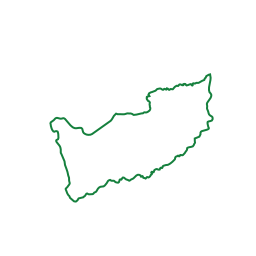 an SVG outline of Caquetá, rotated 305°
{"feature_id": "COL-1403", "entity_name": "Caquetá", "entity_type": "Intendancy", "adm_level": 1, "iso_a3": "COL", "parent_name": "Colombia", "parent_adm1": "", "projection": "orthographic", "projection_center": [-73.824, 1.133], "detail": "fine", "context": "isolated", "style": "outline", "palette": "green", "viewbox_px": 256, "rotation_deg": 305, "n_neighbors": 0, "source": "natural_earth", "source_scale": "10m", "svg_char_len": 5490}
<svg xmlns="http://www.w3.org/2000/svg" viewBox="0 0 256 256"><g transform="rotate(305 128 128)"><path d="M78.8,77.1L80.0,76.7L83.1,74.3L84.4,72.9L84.7,72.3L84.4,71.2L83.6,70.3L82.7,69.8L82.4,68.9L82.6,68.2L83.0,67.0L83.8,65.7L85.4,63.7L86.8,62.4L87.3,61.8L87.6,61.7L88.3,61.5L91.9,62.7L93.6,62.9L94.4,63.1L95.0,63.5L95.5,63.9L95.8,64.5L96.8,67.2L97.4,68.0L98.1,68.7L98.8,69.2L99.2,69.9L99.3,71.2L97.2,79.3L97.0,81.1L96.9,82.3L97.1,83.6L97.4,84.6L98.0,85.6L100.2,88.0L100.8,88.9L101.2,89.6L101.2,90.4L101.0,91.1L100.4,91.8L99.6,92.7L98.9,93.6L98.5,94.7L98.5,96.0L98.8,97.7L99.6,99.4L100.9,101.0L102.4,102.0L124.0,109.7L125.1,109.8L126.4,109.8L129.9,109.5L132.9,110.0L133.2,111.0L133.3,111.5L137.0,116.9L137.6,117.5L139.4,118.9L139.9,119.5L140.5,120.6L141.0,121.2L141.4,121.8L141.8,123.0L141.9,123.5L141.9,124.3L142.0,125.2L143.9,127.3L147.6,130.6L148.6,131.8L149.9,132.2L150.3,132.5L150.6,133.0L150.8,133.5L151.2,134.0L151.8,134.5L152.7,135.0L154.6,135.6L155.3,135.6L155.8,135.5L156.4,135.3L156.9,135.0L157.2,134.8L157.7,133.9L158.6,133.3L159.3,132.5L159.9,132.0L161.0,131.5L161.5,131.2L161.7,130.7L161.9,130.2L161.9,129.8L161.7,129.1L161.8,128.7L162.1,128.1L162.2,127.4L162.3,127.1L162.8,126.5L163.1,126.3L163.4,126.3L163.7,126.2L163.9,126.0L164.0,125.7L164.3,125.6L164.7,125.8L165.3,126.1L165.8,126.8L166.4,127.3L167.1,126.0L167.2,125.6L168.0,125.5L168.5,125.4L169.6,125.9L170.2,126.2L171.3,127.1L174.3,129.1L175.1,129.3L176.4,129.5L176.8,129.7L178.5,131.3L178.9,131.9L179.1,132.6L179.1,133.7L179.2,134.3L179.4,134.8L179.9,135.1L180.4,135.1L180.9,135.3L181.2,136.0L181.3,137.1L181.5,137.4L181.9,137.5L182.2,137.4L182.5,137.1L182.8,137.1L183.0,137.9L183.0,138.4L182.8,139.1L182.8,139.7L183.1,140.1L184.2,140.4L184.5,140.7L185.2,142.2L185.5,142.5L187.9,142.7L188.6,142.8L190.3,143.5L190.6,143.7L190.8,144.0L190.9,144.4L191.0,144.7L191.3,145.0L192.9,145.1L193.5,145.5L193.9,146.3L194.1,147.7L194.4,148.3L194.9,148.8L195.2,148.7L195.3,148.4L195.6,148.2L196.2,148.6L196.6,149.1L196.9,149.7L196.8,150.3L196.5,150.8L196.5,151.6L197.7,152.6L199.1,153.5L199.9,154.2L199.9,154.7L199.7,155.3L199.6,156.0L199.8,156.4L200.3,156.4L201.4,155.6L202.0,155.8L202.4,156.4L202.6,157.1L203.1,157.6L203.9,157.9L204.3,158.2L205.1,159.5L205.6,160.0L209.2,161.7L211.1,162.9L211.5,162.9L211.9,162.7L212.5,162.5L212.8,162.5L213.5,162.7L213.8,162.8L214.2,162.7L215.3,162.4L215.7,162.5L216.6,163.0L217.8,163.5L219.0,164.5L216.5,166.9L214.6,168.0L207.9,171.0L205.5,172.6L204.1,174.2L203.7,175.8L203.2,176.9L202.4,177.6L201.3,178.1L199.8,178.4L194.9,178.4L193.7,178.5L192.8,178.9L191.4,180.3L189.5,181.4L189.0,181.9L187.8,183.8L187.1,184.7L186.3,185.6L185.7,186.5L185.4,187.7L185.4,188.9L185.5,190.0L185.3,190.9L184.9,191.4L183.9,192.2L182.3,192.4L181.0,191.6L179.9,190.5L178.8,189.8L177.8,190.2L176.7,191.2L174.9,193.2L174.5,194.0L174.1,194.4L173.5,194.5L172.6,194.1L171.7,193.5L167.8,190.3L166.8,189.9L165.7,190.1L164.4,191.0L161.8,191.4L157.7,188.7L155.5,190.3L154.6,191.2L153.8,191.4L152.8,191.4L151.6,191.7L150.1,191.6L148.7,190.5L147.3,189.1L146.1,188.2L145.5,188.0L145.2,188.1L144.8,188.4L144.2,188.7L143.4,188.9L141.7,188.8L140.1,188.9L137.3,188.5L136.9,188.2L136.6,187.7L136.2,186.7L135.8,186.3L135.4,186.3L135.0,186.4L134.6,186.4L134.3,186.3L134.2,186.2L134.0,185.8L134.1,185.1L134.1,184.9L133.9,184.7L133.6,184.6L133.4,184.6L133.2,184.5L132.2,183.8L131.5,183.6L131.0,183.6L129.9,184.1L129.4,184.3L128.8,184.3L126.0,183.8L125.9,183.8L123.2,183.0L121.4,182.2L120.6,181.7L119.4,180.3L117.5,178.8L116.8,178.5L116.1,178.6L115.5,178.9L114.9,178.9L114.6,178.7L114.5,177.9L114.3,177.7L114.0,177.5L113.7,177.5L113.2,177.5L112.8,177.6L112.5,177.7L112.2,177.8L111.8,177.5L111.6,177.2L111.4,176.9L111.0,175.8L111.0,175.5L111.0,175.3L110.7,174.9L110.4,174.6L109.0,173.9L108.3,173.8L107.0,174.3L106.4,174.3L106.1,173.9L106.1,173.3L105.9,172.7L105.3,172.5L104.7,172.7L104.4,173.8L103.8,174.0L103.2,173.9L102.9,173.7L102.6,173.6L101.9,173.7L101.3,173.8L100.6,173.7L99.9,173.5L99.3,173.2L99.1,172.9L98.9,172.0L98.7,171.8L98.4,171.6L98.1,171.6L97.9,171.6L97.3,171.5L97.0,171.5L96.7,171.4L96.6,170.9L96.5,170.3L96.4,170.0L96.0,169.2L96.1,168.9L96.3,168.7L96.8,167.8L96.9,167.5L96.8,167.3L96.1,167.0L95.6,166.7L95.7,166.3L96.0,165.9L96.3,165.4L96.0,163.9L95.2,162.8L93.9,162.1L89.7,161.3L87.4,160.0L85.8,159.5L85.5,159.1L85.4,157.9L84.9,156.2L84.8,155.7L85.0,153.3L84.6,152.3L83.2,152.0L82.5,152.2L82.1,152.2L81.8,152.1L81.7,151.9L81.6,151.3L81.5,151.1L81.0,150.9L80.6,150.9L79.7,151.3L78.4,151.6L77.6,151.3L77.1,150.5L76.6,149.2L76.5,148.6L76.7,147.4L76.7,146.8L76.4,146.2L75.6,145.2L75.3,144.6L75.2,144.2L75.3,143.5L75.2,143.1L74.8,142.8L74.4,142.5L73.5,142.1L72.8,142.0L70.8,142.2L67.7,142.0L66.2,141.5L64.0,139.1L62.5,138.4L60.9,138.2L58.4,138.4L57.7,138.4L57.0,138.2L56.4,137.8L55.7,137.4L54.2,137.3L53.5,136.9L51.6,134.5L51.1,133.7L51.0,133.1L51.0,132.6L50.9,132.1L50.4,131.7L49.7,131.6L48.3,131.7L47.7,131.7L46.7,131.3L46.2,131.1L45.7,131.2L42.1,128.0L41.7,127.9L40.3,128.1L38.6,127.8L37.9,127.5L37.5,126.9L37.1,126.1L37.0,125.7L37.5,120.9L37.6,120.4L38.3,119.5L38.6,118.9L38.8,117.6L39.6,115.8L41.3,113.3L41.9,112.3L42.6,111.8L44.9,112.2L46.8,112.2L47.7,112.3L48.6,112.2L49.4,111.9L50.0,111.2L50.6,110.5L51.3,109.8L53.2,108.4L53.7,107.9L54.2,107.1L54.9,106.2L57.3,103.6L59.1,101.2L61.6,97.6L64.3,95.1L67.1,90.6L68.3,88.7L69.1,87.2L69.9,86.6L71.6,85.4L71.9,85.2L73.3,83.7L73.8,82.9L74.3,81.8L75.5,77.7L76.0,76.8L76.5,76.4L76.9,76.3L77.3,76.4L78.4,77.0L78.8,77.1Z" fill="none" stroke="#15803d" stroke-width="2"/></g></svg>